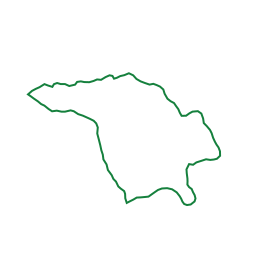 Ipiguá, São Paulo, Brazil (orthographic projection), rotated 310°
{"feature_id": "56859067B47156636815188", "entity_name": "Ipiguá", "entity_type": "district", "adm_level": 2, "iso_a3": "BRA", "parent_name": "Brazil", "parent_adm1": "São Paulo", "projection": "orthographic", "projection_center": [-49.406, -20.638], "detail": "fine", "context": "isolated", "style": "outline", "palette": "green", "viewbox_px": 256, "rotation_deg": 310, "n_neighbors": 0, "source": "geoboundaries", "source_scale": "gbopen_adm2", "svg_char_len": 1715}
<svg xmlns="http://www.w3.org/2000/svg" viewBox="0 0 256 256"><g transform="rotate(310 128 128)"><path d="M170.5,93.5L166.1,91.2L162.8,88.7L159.3,87.2L156.8,85.6L157.9,82.6L156.5,80.0L152.6,78.1L147.6,76.4L145.3,73.1L141.9,71.4L138.2,68.9L135.1,65.0L133.4,61.9L130.6,59.4L127.2,59.6L122.4,56.0L121.2,51.6L118.4,48.2L116.9,44.8L114.0,43.1L110.9,43.6L109.2,39.6L107.9,35.8L102.4,34.0L98.7,32.2L94.7,30.6L89.5,29.8L89.8,33.2L90.0,36.7L90.5,41.9L90.5,46.1L91.4,49.5L91.5,54.8L92.0,59.1L95.5,62.3L97.8,66.6L100.1,69.3L104.6,72.7L106.0,75.7L106.6,80.9L108.4,85.4L109.4,88.9L110.5,92.8L111.5,97.1L111.1,100.7L109.0,104.5L104.0,108.0L100.9,112.4L97.0,117.8L93.8,121.9L91.4,125.8L88.1,129.4L86.3,135.0L82.9,139.6L81.4,145.8L79.6,149.5L79.2,153.3L77.0,158.1L76.9,161.3L77.2,165.6L75.7,168.1L72.4,171.1L69.8,175.2L73.6,176.8L76.6,178.1L80.3,179.4L82.9,182.2L85.6,184.9L88.6,187.8L93.2,189.0L96.6,189.9L99.8,190.8L103.5,192.9L107.1,196.7L109.4,201.2L110.0,206.7L109.0,211.4L108.0,214.2L106.6,217.0L105.9,219.9L106.9,222.7L109.7,225.2L114.5,226.2L117.4,225.0L119.4,222.2L120.6,219.1L122.2,216.0L122.0,212.8L122.8,209.9L125.4,207.9L127.6,205.9L131.1,202.1L133.9,199.4L139.6,198.0L141.7,201.5L145.6,202.5L150.0,205.3L154.2,207.9L156.4,211.5L159.0,214.0L161.6,215.9L165.9,216.4L169.3,213.4L171.3,209.8L172.2,206.4L173.4,203.3L175.2,199.5L177.8,195.4L179.2,192.1L180.1,187.1L180.5,182.9L183.6,179.4L186.2,174.9L185.8,170.7L182.0,166.9L178.7,165.6L174.7,164.6L171.8,161.2L173.0,157.9L174.8,154.4L175.7,150.7L176.7,147.2L175.9,143.4L175.8,139.4L177.8,134.0L180.2,130.3L180.3,125.9L179.3,122.3L178.1,119.0L175.1,116.6L173.3,111.9L171.8,107.6L171.0,102.9L171.7,98.1L170.5,93.5Z" fill="none" stroke="#15803d" stroke-width="2"/></g></svg>